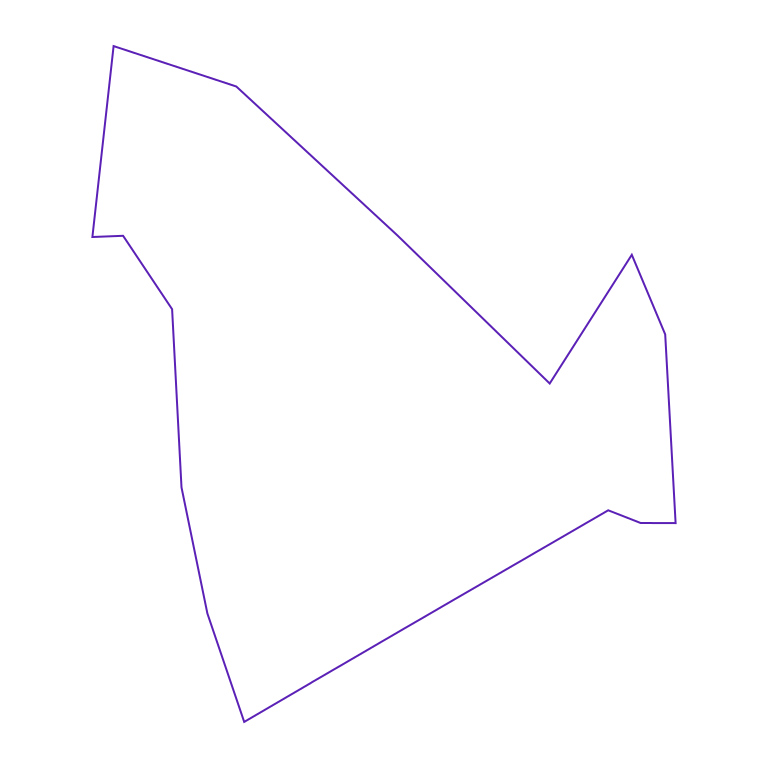 outline of La Trinidad Vista Hermosa, Oaxaca, Mexico
{"feature_id": "50627088B62865505468510", "entity_name": "La Trinidad Vista Hermosa", "entity_type": "district", "adm_level": 2, "iso_a3": "MEX", "parent_name": "Mexico", "parent_adm1": "Oaxaca", "projection": "natural_earth1", "projection_center": [-97.499, 17.778], "detail": "fine", "context": "isolated", "style": "outline", "palette": "violet", "viewbox_px": 768, "rotation_deg": 0, "n_neighbors": 0, "source": "geoboundaries", "source_scale": "gbopen_adm2", "svg_char_len": 519}
<svg xmlns="http://www.w3.org/2000/svg" viewBox="0 0 768 768"><path d="M92.4,237.0L123.1,235.8L172.1,309.2L181.5,487.4L207.4,613.5L244.2,721.9L310.6,683.1L312.5,681.9L330.1,671.7L332.8,670.1L342.2,664.7L349.7,660.3L381.6,641.7L404.8,628.2L414.5,622.6L427.8,614.9L442.4,606.4L453.4,600.0L513.0,565.5L517.7,562.8L520.3,561.3L535.4,552.5L545.1,546.9L608.2,510.3L640.6,523.0L675.6,523.1L665.2,334.4L631.8,254.8L549.7,383.5L397.5,235.5L236.3,86.5L113.6,46.1L92.4,237.0Z" fill="none" stroke="#5b21b6" stroke-width="2"/></svg>